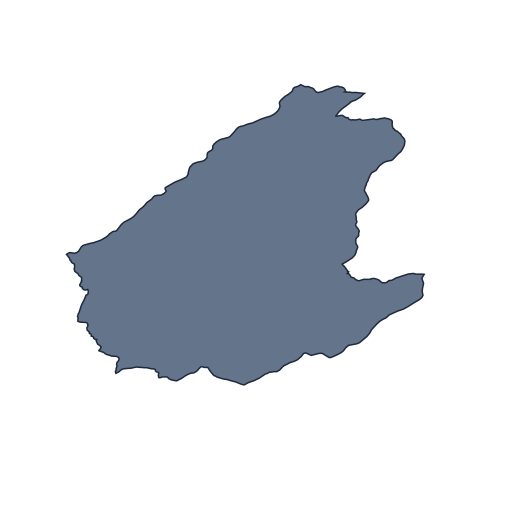 Soatá, Boyacá, Colombia (Equal Earth projection), rotated 240°
{"feature_id": "7082276B16806691942886", "entity_name": "Soatá", "entity_type": "district", "adm_level": 2, "iso_a3": "COL", "parent_name": "Colombia", "parent_adm1": "Boyacá", "projection": "equal_earth", "projection_center": [-72.688, 6.322], "detail": "fine", "context": "isolated", "style": "filled", "palette": "slate", "viewbox_px": 512, "rotation_deg": 240, "n_neighbors": 0, "source": "geoboundaries", "source_scale": "gbopen_adm2", "svg_char_len": 6067}
<svg xmlns="http://www.w3.org/2000/svg" viewBox="0 0 512 512"><g transform="rotate(240 256 256)"><path d="M352.2,92.7L347.4,93.3L345.2,92.9L344.4,93.3L343.3,93.1L342.2,93.3L339.7,94.7L337.9,93.8L336.5,92.9L335.7,92.0L333.3,91.4L329.8,92.9L327.5,93.0L324.6,94.2L322.2,92.8L321.6,92.2L321.3,92.4L319.2,88.9L318.0,88.6L317.4,88.7L316.5,89.7L315.8,90.0L315.2,89.5L313.3,89.8L311.9,91.0L311.3,92.6L311.2,93.5L309.7,93.3L308.9,92.9L307.1,91.4L306.9,90.9L307.0,89.1L304.0,85.3L301.0,80.6L295.2,74.1L294.8,73.1L294.3,72.8L292.9,71.2L291.4,71.1L290.5,70.3L288.4,69.1L286.7,70.6L283.4,75.6L282.5,76.3L281.5,76.1L280.8,76.2L279.1,75.1L278.6,73.9L278.3,73.6L276.3,72.7L273.5,73.7L272.8,73.1L272.2,73.0L271.6,73.7L270.9,74.1L269.7,73.8L269.2,73.2L267.3,74.6L266.5,74.6L265.9,74.3L264.8,74.6L263.7,76.0L263.2,76.3L262.7,75.2L258.8,74.8L256.6,76.0L254.3,76.3L254.1,76.1L253.9,75.0L253.6,74.9L253.1,74.3L252.8,72.7L252.4,72.6L248.6,75.9L246.7,76.6L245.5,77.3L242.8,79.9L241.7,80.7L238.7,85.1L237.0,86.2L236.7,86.0L235.8,86.2L234.6,85.4L233.9,84.2L233.5,82.7L232.6,81.7L232.0,81.1L230.3,80.7L228.3,78.4L227.4,78.1L226.3,76.5L224.4,76.0L224.2,79.1L224.8,82.2L224.8,84.0L224.6,84.6L222.7,89.0L221.6,90.9L219.6,97.0L218.6,98.3L215.9,102.4L215.3,103.0L213.7,105.8L210.8,108.8L209.2,111.2L208.1,112.0L206.8,111.5L205.3,112.0L204.3,113.1L203.7,113.4L201.4,111.7L199.4,111.0L198.6,111.9L198.0,114.6L195.8,118.4L195.1,118.8L193.3,119.2L191.3,120.5L188.0,124.2L187.5,125.2L187.4,128.4L187.2,130.2L187.6,134.6L187.5,138.1L187.1,140.9L185.9,143.8L185.8,144.9L185.9,146.6L186.1,148.2L186.9,150.1L187.5,152.1L187.5,152.9L187.2,153.8L185.0,156.0L183.7,158.5L178.8,158.8L174.2,159.6L173.0,160.1L172.4,160.8L170.7,161.7L165.8,166.2L163.3,169.4L159.8,172.6L157.4,175.2L152.5,179.0L150.6,180.8L150.2,182.1L150.2,185.9L149.0,192.2L148.6,197.7L149.1,205.0L148.7,206.9L148.6,209.5L147.8,211.2L146.6,214.4L145.9,215.3L145.4,216.4L145.4,219.4L146.8,224.0L147.0,226.0L146.7,228.9L146.7,231.9L145.7,236.4L145.4,240.2L146.3,244.8L147.8,248.5L147.2,250.6L142.3,254.2L140.2,261.7L138.7,264.6L131.6,268.5L130.7,269.9L130.0,275.5L129.7,281.5L130.2,284.3L131.8,288.2L132.3,291.5L129.5,299.6L129.2,302.3L130.8,311.7L132.4,316.0L134.4,319.2L136.8,327.0L137.6,330.7L137.7,334.8L137.4,337.1L137.8,339.6L138.4,341.8L137.5,350.9L136.3,357.2L136.2,362.0L136.5,369.6L136.5,375.5L137.0,378.7L138.4,380.9L141.9,382.1L144.6,383.9L148.6,387.5L153.6,388.4L155.0,390.5L156.0,392.5L156.6,391.8L160.3,385.5L162.3,383.5L164.3,378.7L167.0,366.1L167.0,361.7L168.2,359.0L168.2,358.4L167.9,356.6L167.9,355.8L168.5,353.9L170.1,351.6L173.3,350.6L174.9,349.6L175.5,349.1L176.1,348.3L177.4,347.3L178.7,344.6L178.7,343.9L179.3,342.1L180.2,340.7L180.5,339.9L181.5,338.6L182.0,337.3L183.1,332.7L183.5,332.2L184.9,331.2L185.1,330.8L188.3,329.7L190.0,327.8L192.7,327.8L193.1,327.6L194.3,327.5L195.2,326.3L195.6,327.8L196.0,328.4L196.4,328.1L196.5,327.5L196.8,327.4L197.7,327.9L203.2,327.2L205.6,326.5L206.0,326.7L205.8,330.3L206.0,334.9L206.2,335.5L206.1,336.7L206.2,338.3L206.9,340.7L207.5,342.3L208.9,344.2L210.1,345.3L212.5,348.2L213.4,348.8L216.6,348.8L217.4,349.1L219.0,349.8L220.9,351.1L221.5,352.4L221.9,354.4L222.4,355.2L224.4,356.3L225.9,357.9L229.2,358.0L231.5,357.5L232.6,357.7L233.3,357.9L234.1,358.8L234.6,359.9L235.5,360.6L237.1,360.9L239.5,362.2L242.4,363.2L243.1,363.9L244.7,367.5L244.9,369.0L245.0,372.0L246.0,376.6L247.2,380.0L247.8,381.2L248.8,381.9L251.4,382.4L253.7,382.4L256.0,382.6L257.9,382.4L258.7,382.7L261.2,385.1L262.5,387.1L263.8,388.1L265.4,390.9L266.5,391.8L267.2,393.1L269.0,395.3L270.3,398.0L270.1,400.5L270.2,403.0L271.3,405.3L272.5,408.4L273.0,412.5L273.0,414.5L272.8,415.6L272.2,418.1L271.1,420.8L271.1,422.6L273.4,430.2L273.8,432.7L274.1,434.0L275.6,436.7L277.7,439.8L280.8,442.2L282.1,442.7L283.6,442.9L287.1,442.1L289.1,442.3L291.1,441.4L293.3,440.8L294.5,439.7L295.0,439.7L295.5,439.1L296.7,439.2L298.0,438.6L299.2,438.7L301.5,439.5L304.3,441.2L305.2,441.4L306.5,440.9L308.5,439.3L311.1,436.5L311.7,435.4L312.0,433.9L312.7,432.9L313.1,431.0L313.9,428.9L314.4,427.9L316.0,426.4L316.2,425.6L320.1,416.2L320.8,415.5L322.6,414.4L323.7,411.0L324.4,409.6L325.5,408.1L326.1,406.6L327.4,405.3L328.5,404.8L329.5,404.9L330.0,404.6L330.4,403.7L331.2,402.9L334.5,401.2L335.4,399.7L336.5,396.2L337.2,395.1L337.6,395.5L338.1,397.1L339.2,399.5L340.4,403.9L341.4,412.6L341.8,414.8L342.1,414.8L341.7,418.1L341.3,419.5L341.3,422.1L341.5,426.2L342.3,429.2L342.6,431.2L347.0,425.1L347.3,424.9L349.6,420.8L351.1,419.1L351.6,417.9L353.8,414.9L353.8,416.1L355.8,416.3L357.7,416.0L358.9,415.2L359.9,414.1L360.3,413.2L361.8,412.3L362.7,410.6L363.6,407.3L364.8,399.8L365.2,395.8L366.4,391.8L367.7,390.3L369.2,389.8L371.9,389.5L373.5,388.6L374.7,387.3L375.7,386.8L376.9,385.5L378.1,383.1L382.1,380.3L381.9,379.0L382.0,377.0L382.8,373.5L382.4,371.9L381.0,370.3L380.5,369.3L379.8,365.0L379.8,362.1L379.5,359.7L378.7,356.1L377.8,353.9L376.8,352.7L374.1,351.8L373.2,351.3L372.6,350.5L371.3,348.5L370.7,347.2L370.0,344.1L369.8,341.7L369.9,339.0L370.3,336.8L370.9,334.6L372.1,328.6L373.0,319.4L374.2,315.5L375.2,309.5L376.0,307.3L376.2,305.8L376.2,304.6L375.6,302.2L374.5,299.7L372.5,293.3L372.5,291.5L374.6,283.7L374.8,282.0L374.6,279.0L374.0,275.9L372.9,273.6L371.2,272.6L370.5,271.9L370.0,271.3L369.8,270.1L369.9,267.1L369.5,265.6L368.4,264.5L366.0,263.0L365.6,262.4L365.0,260.8L364.7,259.1L364.8,257.3L366.5,252.2L367.2,248.8L367.2,247.1L366.3,244.1L366.0,243.2L365.2,242.1L362.2,239.1L360.9,238.2L360.3,237.4L359.3,235.4L359.2,234.3L359.6,229.1L360.5,222.8L360.6,212.1L360.4,211.4L359.7,210.8L357.7,210.8L356.8,210.3L356.1,207.8L356.2,204.2L357.4,201.9L358.4,199.6L358.7,198.2L358.6,197.0L357.6,194.5L357.3,193.3L356.9,188.5L355.2,183.7L354.8,182.0L354.4,178.5L353.6,176.2L352.4,173.3L351.3,169.4L351.0,166.5L351.3,158.6L350.6,155.1L347.6,147.8L347.7,146.7L348.4,145.4L348.7,144.2L348.4,140.1L347.7,138.1L347.3,135.7L347.3,129.4L348.7,122.1L350.1,117.9L351.4,112.7L351.6,111.0L351.1,109.0L348.8,104.7L348.6,102.6L349.2,100.0L351.4,97.4L352.1,96.3L352.3,95.1L352.2,92.7Z" fill="#64748b" stroke="#1e293b" stroke-width="1.5"/></g></svg>